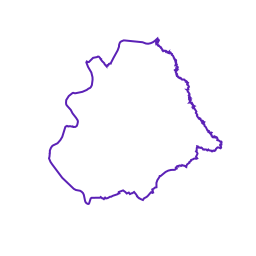 outline of Prasat, Surin, Thailand, rotated 138°
{"feature_id": "78962969B37601114893019", "entity_name": "Prasat", "entity_type": "district", "adm_level": 2, "iso_a3": "THA", "parent_name": "Thailand", "parent_adm1": "Surin", "projection": "equal_earth", "projection_center": [103.326, 14.629], "detail": "fine", "context": "isolated", "style": "outline", "palette": "violet", "viewbox_px": 256, "rotation_deg": 138, "n_neighbors": 0, "source": "geoboundaries", "source_scale": "gbopen_adm2", "svg_char_len": 5591}
<svg xmlns="http://www.w3.org/2000/svg" viewBox="0 0 256 256"><g transform="rotate(138 128 128)"><path d="M46.3,174.8L49.9,174.8L52.2,175.1L54.5,175.9L56.6,177.1L58.1,178.7L59.8,182.0L71.8,195.2L72.6,196.0L75.1,196.9L76.4,197.0L77.5,196.6L79.2,195.6L80.2,194.5L83.8,192.6L91.9,189.8L96.9,187.9L97.7,187.4L98.3,188.0L99.2,188.4L100.1,188.0L100.9,188.4L101.4,188.0L101.6,188.3L102.0,188.1L102.5,188.4L102.7,188.2L102.7,191.1L102.3,192.0L102.5,194.9L102.3,197.2L101.9,197.3L102.1,198.2L101.9,198.8L102.0,200.6L102.7,201.3L103.5,201.4L107.0,203.5L113.0,203.2L113.8,204.0L114.1,205.0L115.1,204.6L116.8,200.1L118.1,193.8L120.4,189.5L122.0,187.6L126.1,184.1L127.3,183.6L128.5,183.2L129.5,183.2L131.0,183.7L133.2,183.9L137.7,185.4L143.5,188.8L144.2,189.3L145.2,190.8L145.8,191.1L150.6,191.4L155.2,190.1L157.1,188.3L158.0,187.1L158.3,186.3L158.4,184.8L158.4,179.8L159.4,176.0L159.8,170.2L160.3,167.3L161.1,166.1L163.3,164.5L164.9,163.8L166.5,164.1L167.9,165.3L168.0,166.1L168.4,166.1L169.9,168.2L171.1,168.9L171.1,169.1L171.5,169.5L171.8,170.1L172.0,170.0L172.4,170.5L173.1,170.7L173.9,170.7L182.8,165.4L186.4,164.3L190.6,163.8L195.3,165.2L196.6,165.3L198.6,164.8L201.2,163.5L202.9,161.6L203.2,161.6L203.3,161.3L205.6,159.2L207.0,158.3L208.3,154.6L208.7,151.6L210.2,135.0L209.0,119.1L208.2,116.8L205.6,113.4L205.1,111.7L205.0,109.7L205.6,107.8L208.7,102.5L209.1,101.5L209.2,99.9L208.6,98.4L208.0,97.9L207.2,98.1L202.9,100.6L201.8,100.5L195.4,94.9L194.5,95.0L194.2,92.9L193.7,92.6L193.5,91.3L191.6,91.6L191.5,90.4L190.0,89.5L187.3,88.9L186.5,88.2L184.7,87.8L179.9,85.7L179.3,85.9L178.2,85.3L178.0,86.3L177.7,86.6L173.4,84.9L172.8,82.1L172.8,80.2L170.6,79.5L170.8,77.6L169.0,77.1L168.3,76.6L166.3,76.4L166.4,73.6L166.7,71.3L167.0,71.2L167.0,70.3L166.9,70.3L166.8,68.4L166.5,68.2L166.3,67.1L165.1,64.5L163.1,65.0L160.3,64.3L158.5,64.3L154.0,64.9L153.7,64.8L153.4,63.5L152.5,63.2L151.9,64.5L151.5,64.9L151.4,65.7L151.1,65.8L151.0,66.1L149.5,65.7L147.9,65.7L146.5,64.9L143.6,68.2L141.1,69.6L137.3,70.6L136.6,71.1L135.9,70.5L129.5,70.2L126.6,69.4L124.0,68.0L121.7,66.0L120.7,65.5L120.0,65.7L119.0,65.3L118.8,66.6L118.1,66.4L117.4,66.7L116.6,65.9L116.4,66.4L114.4,65.4L114.0,64.7L114.0,64.3L113.0,64.0L112.6,64.2L112.2,63.2L111.6,62.8L111.5,62.2L111.0,61.6L111.0,60.5L110.8,60.0L110.1,60.6L108.5,61.4L105.6,61.1L105.4,61.6L103.0,61.5L102.5,62.0L100.8,61.3L99.2,61.0L97.8,59.4L96.9,59.1L96.7,61.1L93.5,62.4L93.1,63.4L93.1,64.4L92.7,64.7L92.9,65.2L91.8,65.5L91.0,66.5L90.0,67.2L89.9,67.4L89.3,67.6L89.4,67.9L89.1,67.6L88.8,68.1L88.4,67.6L88.6,66.2L88.0,65.9L87.9,65.4L87.4,64.7L86.9,64.7L86.6,64.4L86.7,64.1L86.4,63.6L86.5,61.9L86.3,61.9L86.1,61.3L85.6,61.0L85.5,60.6L85.1,60.5L84.3,59.7L84.1,58.3L83.1,58.3L83.2,58.1L82.7,57.7L82.7,57.1L81.8,56.1L81.5,55.2L81.1,55.1L81.2,54.4L80.9,54.2L80.6,54.4L80.5,54.1L79.6,54.0L79.1,53.2L78.7,53.4L78.1,52.9L76.5,53.6L74.5,53.7L73.7,52.9L72.8,51.0L71.9,51.1L71.4,51.9L71.0,53.8L70.4,54.0L70.2,53.7L70.4,53.1L69.7,53.1L68.4,54.8L67.9,54.9L67.8,55.5L68.6,56.0L68.6,57.3L69.6,59.0L69.1,59.1L68.8,59.8L69.0,60.2L68.3,61.0L68.3,61.8L68.9,63.0L69.3,62.8L69.0,61.9L69.6,62.5L69.9,63.1L69.7,64.1L70.9,64.0L71.3,64.6L70.9,65.2L71.1,66.4L70.6,66.8L70.6,69.1L70.2,68.5L69.0,68.6L69.1,68.9L70.4,70.0L71.0,71.3L70.6,71.8L70.2,71.3L69.9,71.6L70.2,72.0L70.2,72.6L70.6,73.1L69.6,76.4L69.7,78.5L68.9,79.5L69.5,81.4L69.5,82.3L68.9,82.4L68.4,81.9L68.4,81.1L68.2,81.0L67.4,81.3L68.0,82.2L67.6,83.1L68.0,83.9L68.6,83.9L68.8,84.6L68.2,86.2L67.9,86.5L68.3,87.6L69.0,87.3L69.1,87.6L68.8,88.2L68.9,88.9L68.6,91.0L67.8,91.3L67.5,92.8L67.5,93.9L66.2,94.4L66.1,94.8L65.6,98.1L66.0,98.6L65.6,98.6L65.5,99.1L65.3,99.2L65.3,99.7L65.7,99.6L65.9,100.2L64.0,99.8L64.6,101.3L64.4,101.6L64.2,101.5L64.1,102.2L64.5,102.0L64.5,103.5L64.0,103.9L64.4,104.1L64.3,104.6L64.7,105.1L64.6,105.4L65.2,105.8L64.5,105.9L64.0,106.8L63.8,106.2L63.6,106.7L62.5,106.8L62.5,107.0L63.1,107.6L62.8,107.8L63.1,108.3L62.7,108.4L63.0,108.9L62.4,109.7L62.0,109.1L61.7,109.3L61.3,108.9L61.2,110.6L60.7,111.1L60.9,111.6L60.3,111.8L60.0,111.6L59.5,112.2L59.1,114.5L59.3,115.0L58.5,116.1L58.6,116.9L58.2,116.5L57.4,116.7L57.2,116.5L56.6,117.6L55.2,117.8L54.7,119.4L55.0,120.7L54.5,121.2L54.1,120.9L53.9,121.0L53.9,121.6L53.4,121.7L53.7,122.1L53.4,122.9L53.7,123.2L53.3,123.3L53.5,123.8L53.4,124.2L53.9,125.0L53.7,126.2L54.2,126.6L54.6,127.3L55.4,127.7L55.6,128.6L55.3,129.4L56.1,130.1L56.2,130.4L55.9,130.2L55.7,130.5L56.4,131.2L56.5,131.8L56.2,132.6L56.9,133.9L56.6,134.6L56.0,134.8L56.1,135.2L55.7,135.4L55.9,135.7L55.4,136.1L55.5,136.6L55.2,137.5L54.5,138.0L54.5,138.9L53.9,138.6L53.9,138.0L53.1,138.1L52.9,138.5L53.1,139.0L52.2,138.5L52.3,139.4L52.0,139.3L51.9,139.8L51.6,139.5L50.9,139.8L50.6,139.6L50.2,140.3L50.5,141.9L50.0,142.4L50.7,142.9L49.9,143.3L49.9,143.0L49.6,142.7L49.4,143.0L49.2,142.9L49.0,143.8L49.1,144.1L48.8,144.7L48.6,144.4L48.2,144.6L47.6,145.7L47.7,146.3L47.0,146.2L46.9,146.5L47.3,147.8L47.1,148.3L47.3,148.5L47.0,149.0L47.0,149.5L46.8,149.6L46.7,149.9L46.2,151.7L46.5,153.0L45.9,153.5L46.1,153.7L46.2,154.5L45.8,155.6L46.2,156.5L46.5,156.5L46.7,155.7L47.3,155.8L47.8,156.9L47.3,157.2L47.8,157.2L47.8,158.0L48.2,158.1L48.0,158.8L48.1,159.5L48.7,159.5L48.4,160.2L48.9,160.8L49.2,160.8L49.7,161.5L50.5,161.6L50.5,162.6L50.1,162.8L50.1,163.4L49.9,163.7L50.0,164.9L49.7,165.1L49.6,165.9L49.9,165.9L49.9,168.4L50.3,168.4L50.5,168.8L50.5,169.3L50.2,169.4L50.1,169.9L50.5,171.1L50.9,171.3L50.4,171.9L50.3,172.5L49.9,172.7L49.9,172.3L49.3,172.4L48.7,171.8L48.5,172.6L48.2,172.0L47.1,172.2L47.2,172.5L46.8,172.6L47.0,172.9L46.2,173.4L46.5,174.5L46.3,174.8Z" fill="none" stroke="#5b21b6" stroke-width="2"/></g></svg>